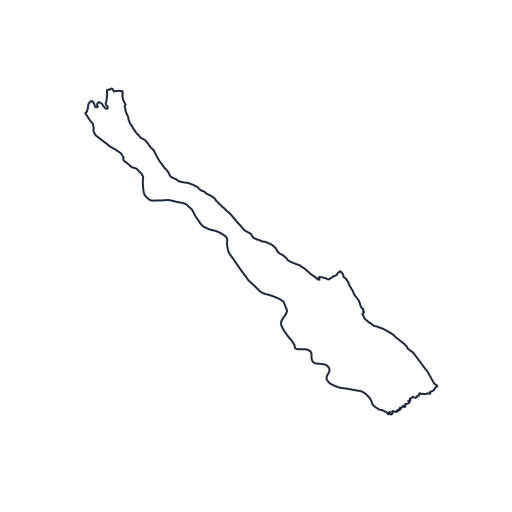 the district of Suaréz, Tolima, Colombia, rotated 302°
{"feature_id": "7082276B98647828485623", "entity_name": "Suaréz", "entity_type": "district", "adm_level": 2, "iso_a3": "COL", "parent_name": "Colombia", "parent_adm1": "Tolima", "projection": "natural_earth1", "projection_center": [-74.802, 4.081], "detail": "fine", "context": "isolated", "style": "outline", "palette": "slate", "viewbox_px": 512, "rotation_deg": 302, "n_neighbors": 0, "source": "geoboundaries", "source_scale": "gbopen_adm2", "svg_char_len": 6049}
<svg xmlns="http://www.w3.org/2000/svg" viewBox="0 0 512 512"><g transform="rotate(302 256 256)"><path d="M286.8,34.8L286.8,35.3L282.6,44.3L282.0,47.0L281.2,48.1L278.5,50.5L276.3,51.7L275.4,52.6L273.7,55.3L273.2,57.2L272.1,69.2L271.5,74.0L271.8,80.8L271.6,86.1L271.4,87.3L269.4,91.3L267.6,92.3L267.1,92.8L266.8,93.6L266.6,94.8L266.6,96.7L265.6,102.4L265.5,103.2L265.6,104.4L266.6,107.4L266.6,109.3L265.7,112.3L265.4,114.0L265.0,115.5L263.7,117.8L262.9,118.7L260.3,119.9L255.8,122.8L250.6,126.9L249.1,128.7L248.5,129.8L247.5,133.6L247.3,136.0L247.6,137.8L248.9,140.2L250.6,142.5L253.3,146.9L255.2,149.3L257.4,152.6L260.2,161.0L261.2,163.4L262.7,167.9L262.8,169.2L262.5,171.6L261.9,174.3L261.8,175.4L261.6,176.7L260.4,178.9L257.8,183.3L253.8,192.4L253.0,195.7L253.8,201.9L254.3,204.1L255.9,208.3L256.7,213.4L256.7,218.1L256.4,220.3L256.1,221.3L255.5,222.2L254.4,223.1L251.9,224.4L249.9,225.7L246.3,228.9L244.5,231.2L243.3,233.7L241.2,238.9L238.6,244.7L235.5,252.1L232.7,259.4L231.6,261.8L231.0,264.2L229.8,270.8L228.2,277.7L228.1,279.3L228.2,282.0L230.2,288.8L230.9,291.8L231.8,297.0L232.0,299.7L231.9,302.2L231.8,303.4L231.3,304.5L227.2,309.7L226.8,310.7L225.4,311.6L222.7,312.1L221.3,312.1L217.5,311.9L214.9,312.0L213.4,312.3L211.0,313.7L208.2,317.9L207.0,320.4L205.0,325.3L203.8,328.8L203.5,330.2L201.1,335.5L198.5,338.1L198.7,339.7L199.6,341.9L200.6,343.1L201.5,344.9L202.9,347.0L203.6,348.5L204.1,351.9L203.4,353.9L202.1,355.1L199.2,356.9L197.6,358.4L196.8,359.5L196.3,361.2L196.2,362.3L196.5,363.6L197.2,364.8L200.1,370.9L200.6,372.4L200.7,373.6L200.6,374.9L200.2,376.0L199.7,377.4L198.3,378.7L196.7,379.5L191.9,379.7L189.5,380.6L188.7,381.7L188.0,383.1L187.4,384.7L187.1,386.8L187.4,390.6L187.8,392.8L188.8,397.2L192.0,404.1L193.7,408.7L196.7,415.9L197.1,417.4L197.3,419.7L197.2,421.8L196.6,424.9L196.0,426.9L194.9,429.4L193.7,431.3L192.1,433.2L191.4,435.3L191.1,437.0L191.0,441.9L191.4,443.0L192.1,444.3L192.4,448.0L192.8,448.8L192.5,450.3L191.9,451.4L191.9,452.0L192.0,452.3L192.4,452.5L193.0,452.3L194.1,451.7L194.4,451.7L194.5,452.1L194.3,452.7L193.1,453.9L193.1,454.4L193.4,454.8L195.0,455.2L195.8,454.9L196.2,453.9L196.7,453.9L197.0,454.3L198.1,457.6L198.3,457.9L199.1,458.3L199.4,458.1L199.5,457.5L200.2,457.5L200.8,458.8L201.3,459.5L201.7,459.5L202.0,459.3L202.4,458.5L202.6,458.4L202.9,458.5L203.1,459.4L203.4,459.7L203.7,459.6L204.1,459.2L204.4,459.8L204.8,460.1L206.2,459.9L207.2,460.4L207.5,460.9L207.4,461.1L206.8,461.2L206.5,461.5L206.5,461.8L206.9,462.3L208.1,462.1L209.6,461.2L209.8,461.3L210.3,462.0L212.4,463.7L213.2,463.7L213.4,463.5L213.8,462.2L215.1,463.4L215.5,463.3L215.8,463.0L216.1,462.2L216.4,462.1L217.8,463.0L219.7,463.6L219.9,464.1L219.9,465.7L220.0,466.1L221.7,467.2L222.0,467.3L222.9,466.9L223.5,467.4L224.1,468.2L225.7,467.5L226.3,467.6L226.6,467.9L226.7,469.6L227.4,470.4L227.7,470.6L228.8,473.3L229.9,473.8L230.6,474.4L230.9,475.8L231.3,476.4L232.1,476.4L232.7,475.7L233.0,475.7L233.3,475.8L234.5,476.9L236.4,477.8L236.9,478.0L239.1,477.7L240.0,478.1L240.9,478.6L241.7,478.6L242.1,478.3L242.2,475.3L242.3,474.6L249.0,462.4L249.4,461.6L249.6,460.4L250.3,458.5L256.6,442.5L257.4,440.1L257.5,439.1L257.4,438.0L257.8,434.1L258.5,432.4L259.4,431.4L259.5,429.9L259.9,429.2L261.2,417.0L261.8,414.9L262.1,412.2L261.8,405.0L261.4,401.2L260.5,397.3L260.2,395.2L259.5,394.0L259.4,393.2L259.3,392.1L259.8,388.6L259.5,387.6L260.3,382.1L260.9,380.5L262.5,378.4L263.3,376.9L265.6,377.4L266.0,377.0L266.2,375.8L267.8,375.1L268.0,372.8L269.7,370.3L270.8,369.3L272.8,366.5L273.2,365.3L273.9,364.2L274.3,362.1L275.3,360.4L275.4,359.6L277.7,356.5L280.3,351.2L280.7,350.9L281.3,349.7L282.2,348.8L282.7,348.0L283.6,345.9L284.0,345.5L284.0,344.9L284.6,343.0L284.6,341.8L284.7,341.3L285.0,340.9L286.1,340.2L286.7,339.2L287.1,338.3L287.3,336.5L287.8,335.9L286.5,334.9L285.6,334.5L282.6,334.4L281.8,334.0L279.7,332.3L278.2,331.9L277.8,331.6L274.8,330.1L274.4,329.7L274.2,329.0L274.2,327.5L273.9,326.3L273.5,325.6L273.1,323.8L272.2,321.6L271.6,320.8L271.0,320.7L269.6,322.3L269.3,322.1L269.0,321.2L269.0,320.2L269.4,318.4L269.7,312.0L270.2,309.6L271.1,303.4L271.0,301.4L271.1,300.3L271.1,298.9L271.3,297.7L271.3,297.2L270.5,295.2L270.2,292.9L269.5,289.3L269.3,285.5L269.5,284.3L270.1,283.4L270.3,282.9L270.9,279.2L270.9,277.7L270.6,275.7L271.0,272.4L271.4,271.5L272.2,270.4L272.7,269.0L273.3,268.0L273.5,266.0L273.8,264.3L273.9,262.3L272.9,256.4L271.7,253.7L271.1,249.9L270.6,248.5L270.1,244.1L270.8,242.2L271.8,240.7L272.1,238.9L271.7,234.9L271.7,232.6L273.6,226.5L274.5,222.7L277.9,212.6L278.4,210.1L279.0,206.2L279.4,205.1L279.9,201.4L280.6,198.5L280.6,197.1L281.5,194.8L281.7,192.9L282.8,190.9L282.9,189.6L283.2,188.4L283.0,183.8L282.6,180.6L283.1,179.0L283.1,177.8L283.0,176.8L282.6,175.5L282.6,173.7L282.9,172.1L283.4,170.3L283.4,169.3L283.2,167.3L283.0,164.9L282.0,159.8L279.6,154.5L278.6,151.4L278.5,150.0L278.7,147.3L278.3,144.9L278.4,144.2L278.1,143.6L278.1,141.9L278.5,140.5L280.0,138.2L281.3,135.6L282.4,131.3L285.4,123.8L287.3,120.1L291.3,113.5L291.9,111.2L292.0,110.0L292.2,109.2L292.8,108.0L293.0,107.1L294.5,103.8L295.2,101.3L295.4,100.2L295.5,98.9L295.1,95.5L296.4,91.9L296.7,89.9L297.4,88.2L298.2,86.7L298.7,85.0L300.4,82.0L301.4,79.4L304.1,75.6L305.4,74.7L306.1,74.0L307.1,72.4L307.5,72.1L308.7,70.0L310.2,68.2L311.7,67.1L313.3,65.3L313.7,65.1L315.1,65.2L317.9,60.8L318.8,59.8L320.3,58.4L324.9,55.6L324.2,54.1L323.9,53.0L323.1,51.7L320.4,48.4L320.6,48.2L320.7,47.2L321.6,45.8L321.5,44.8L319.6,43.9L319.0,43.0L319.1,42.9L318.2,42.1L317.5,42.1L317.4,41.9L314.1,44.2L312.6,44.8L311.0,45.7L309.0,46.7L305.5,47.8L305.0,48.2L304.5,49.0L304.3,50.8L303.3,51.7L302.4,51.8L301.7,51.3L301.5,50.9L301.4,50.0L302.2,47.3L302.9,45.8L303.4,44.5L303.4,42.5L303.2,41.2L301.8,40.8L301.1,40.7L300.4,40.9L299.8,41.3L298.8,42.7L298.4,42.7L298.1,42.4L297.5,41.8L297.3,41.1L297.3,40.5L297.5,40.1L299.1,38.5L299.9,36.8L300.4,36.0L300.6,35.6L300.5,35.3L300.1,34.3L299.7,34.0L298.3,33.5L296.7,33.4L295.7,33.5L292.6,34.9L290.7,35.6L289.0,36.0L288.0,35.9L287.4,35.6L287.0,35.3L286.8,34.8Z" fill="none" stroke="#1e293b" stroke-width="2"/></g></svg>